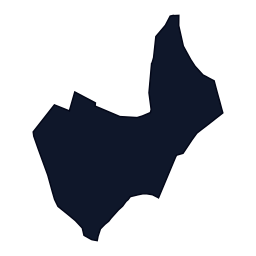 Ekiti South-West, Ekiti, Nigeria
{"feature_id": "59680162B46774046834533", "entity_name": "Ekiti South-West", "entity_type": "district", "adm_level": 2, "iso_a3": "NGA", "parent_name": "Nigeria", "parent_adm1": "Ekiti", "projection": "equal_earth", "projection_center": [5.068, 7.525], "detail": "fine", "context": "isolated", "style": "filled", "palette": "ink", "viewbox_px": 256, "rotation_deg": 0, "n_neighbors": 0, "source": "geoboundaries", "source_scale": "gbopen_adm2", "svg_char_len": 1153}
<svg xmlns="http://www.w3.org/2000/svg" viewBox="0 0 256 256"><path d="M158.5,197.8L175.8,156.5L176.7,155.1L183.0,153.3L192.2,139.5L194.1,136.9L196.5,133.6L196.9,133.1L197.4,132.7L201.1,129.8L210.2,122.8L215.0,119.0L218.2,116.5L219.4,115.6L220.4,114.8L221.8,113.7L222.8,112.9L221.5,108.3L220.0,102.6L218.2,96.1L217.0,91.7L215.5,86.1L214.1,80.8L212.5,80.0L208.5,77.9L206.2,76.6L203.0,75.0L200.0,71.7L195.0,66.2L190.7,59.6L183.3,46.1L178.7,25.6L178.8,15.4L174.3,15.6L173.3,15.4L170.2,16.1L165.4,25.3L162.2,29.1L155.9,36.5L153.6,57.7L152.1,62.8L151.6,63.4L149.0,92.8L151.2,109.6L150.4,112.6L142.4,116.0L137.1,117.6L119.9,116.6L104.6,110.1L95.1,106.1L95.4,102.9L74.8,92.0L69.4,110.9L54.4,104.9L33.2,131.9L33.8,136.2L38.1,148.5L44.0,164.7L47.8,175.1L52.4,191.8L54.6,199.4L58.0,206.4L69.4,215.6L71.3,217.2L75.4,220.6L82.3,228.0L84.0,235.3L91.5,239.5L92.7,239.8L97.2,240.6L98.0,236.3L100.4,228.9L102.5,226.7L105.1,224.1L108.7,221.2L110.8,218.4L118.4,209.9L122.6,206.1L126.0,201.4L128.1,199.6L130.2,196.7L132.0,196.2L133.7,195.8L137.8,194.8L142.7,193.8L146.9,193.8L152.5,194.7L158.2,197.6L158.5,197.8Z" fill="#0f172a" stroke="#020617" stroke-width="1.5"/></svg>